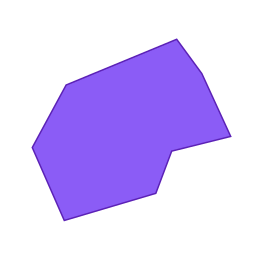 the Urban county of Zalaegerszeg, rotated 256°
{"feature_id": "HUN-4910", "entity_name": "Zalaegerszeg", "entity_type": "Urban county", "adm_level": 1, "iso_a3": "HUN", "parent_name": "Hungary", "parent_adm1": "", "projection": "albers", "projection_center": [16.838, 46.845], "detail": "fine", "context": "isolated", "style": "filled", "palette": "violet", "viewbox_px": 256, "rotation_deg": 256, "n_neighbors": 0, "source": "natural_earth", "source_scale": "10m", "svg_char_len": 271}
<svg xmlns="http://www.w3.org/2000/svg" viewBox="0 0 256 256"><g transform="rotate(256 128 128)"><path d="M132.2,30.4L184.7,78.4L202.3,196.7L162.9,212.8L95.0,225.6L95.0,164.8L57.9,139.2L53.7,43.8L132.2,30.4Z" fill="#8b5cf6" stroke="#5b21b6" stroke-width="1.5"/></g></svg>